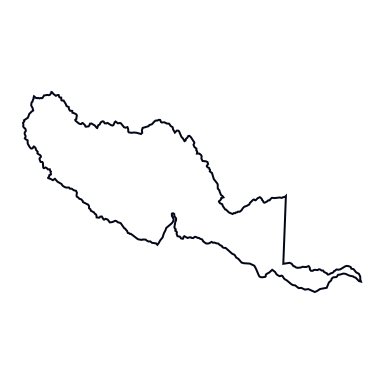 outline of Huacaybamba, Huánuco, Peru
{"feature_id": "86281439B62210146896152", "entity_name": "Huacaybamba", "entity_type": "district", "adm_level": 2, "iso_a3": "PER", "parent_name": "Peru", "parent_adm1": "Huánuco", "projection": "robinson", "projection_center": [-76.78, -9.003], "detail": "fine", "context": "isolated", "style": "outline", "palette": "ink", "viewbox_px": 384, "rotation_deg": 0, "n_neighbors": 0, "source": "geoboundaries", "source_scale": "gbopen_adm2", "svg_char_len": 5947}
<svg xmlns="http://www.w3.org/2000/svg" viewBox="0 0 384 384"><path d="M109.8,222.4L112.2,222.1L115.2,220.8L116.2,221.0L118.1,222.4L119.6,222.7L120.8,223.3L124.4,228.4L125.3,228.7L125.9,229.8L127.0,230.8L127.8,232.9L128.9,233.1L129.7,233.9L130.8,233.8L137.5,238.9L138.6,239.4L141.9,239.9L142.7,239.5L145.7,239.6L146.6,240.5L148.5,241.5L150.3,241.4L152.0,242.8L156.1,243.4L157.4,244.8L158.5,243.4L160.2,240.4L162.6,237.4L163.8,233.5L165.5,230.2L166.3,227.9L171.7,223.4L172.8,222.0L173.6,220.0L173.6,219.1L172.0,216.0L171.8,213.9L172.2,213.4L173.5,213.4L174.2,214.0L174.4,216.2L176.0,218.3L176.1,218.9L176.0,220.6L175.4,221.5L174.4,227.1L174.9,228.5L175.7,229.2L175.3,230.7L176.1,231.1L176.9,232.2L176.6,233.8L177.5,236.2L179.7,236.6L180.3,237.1L180.9,238.3L182.5,238.8L183.1,238.6L183.5,237.0L184.3,236.2L187.6,238.0L189.2,237.4L190.8,237.3L191.5,237.9L193.1,238.1L194.7,236.9L195.3,236.8L196.9,237.4L197.5,237.9L198.9,237.9L200.2,238.8L201.9,239.3L203.0,240.7L203.1,241.3L205.8,243.3L207.2,243.6L209.1,243.3L211.6,241.9L213.0,242.7L214.5,242.6L216.3,243.3L218.4,243.6L219.9,245.1L221.8,245.9L222.5,247.2L223.7,247.8L225.7,248.0L232.1,253.7L234.3,254.7L235.0,255.5L236.2,257.5L238.4,258.9L241.5,262.5L243.6,263.2L249.8,263.6L254.3,265.7L256.0,268.8L258.8,275.4L259.4,276.4L260.5,277.1L262.3,277.3L265.3,276.8L265.7,276.3L265.8,274.9L266.3,274.1L269.4,272.4L272.2,269.8L275.1,272.0L276.4,274.1L277.4,275.0L279.4,276.1L280.1,276.1L281.5,275.6L282.5,276.1L284.1,278.6L284.9,279.3L286.8,280.4L291.6,284.4L293.1,285.1L295.2,285.4L298.6,288.1L301.3,287.9L305.0,289.6L308.3,289.1L314.8,292.0L316.7,291.2L320.1,289.0L326.7,287.8L328.9,282.5L331.1,280.5L331.6,279.0L332.5,277.8L333.5,277.3L336.1,277.1L337.1,276.4L338.0,274.8L340.0,274.6L343.2,273.6L345.4,273.8L349.6,275.7L353.1,276.4L354.1,277.2L355.6,277.6L359.0,281.1L361.0,281.6L360.2,279.2L360.3,277.5L360.1,276.3L358.9,273.8L356.2,272.4L353.5,269.1L351.3,268.7L350.8,267.2L350.3,266.8L348.3,266.1L346.6,265.9L345.1,266.4L340.4,269.3L338.6,269.7L336.4,269.5L335.1,270.7L334.1,271.1L333.4,272.2L332.4,272.9L331.1,273.2L328.8,274.5L327.9,274.6L327.4,274.3L327.1,273.5L324.0,271.9L323.1,270.5L321.6,270.5L319.9,269.4L318.9,269.3L317.5,270.1L315.0,269.8L313.6,270.1L312.8,270.8L311.0,270.8L309.9,269.5L309.7,267.5L308.6,266.1L306.0,267.1L302.7,266.8L300.4,267.6L297.2,267.8L295.7,267.3L294.5,266.3L293.5,266.2L291.7,263.8L289.7,262.8L283.3,263.8L285.9,196.0L285.0,196.9L283.1,197.2L281.7,197.9L279.7,197.5L274.4,198.1L272.1,197.8L270.9,198.6L269.6,200.3L268.3,200.3L267.0,201.5L264.7,202.7L263.7,202.4L262.9,200.8L262.2,200.2L262.0,199.3L260.5,197.5L259.8,197.2L257.7,198.2L255.7,200.2L255.2,200.3L253.9,199.5L253.0,199.9L250.0,202.9L249.2,204.5L246.7,205.9L244.2,206.8L242.5,208.6L241.9,209.8L240.3,211.4L239.1,211.8L238.1,211.6L237.0,212.4L236.0,212.4L235.1,213.2L233.8,213.1L232.6,214.0L229.0,212.5L226.0,209.6L225.4,209.6L225.0,209.2L222.8,206.0L222.2,204.2L220.1,203.3L218.9,201.7L218.9,201.3L220.3,200.2L221.1,199.1L221.1,198.2L223.5,197.4L223.0,196.6L220.9,194.8L219.6,191.5L219.3,190.2L217.8,188.6L217.7,184.5L217.3,183.5L213.8,179.1L212.0,173.0L209.8,171.4L210.0,169.8L209.5,169.3L209.3,168.4L209.0,167.9L207.6,167.3L206.8,166.3L206.8,165.8L208.1,164.1L207.5,162.1L205.9,161.3L202.6,161.0L201.7,159.3L201.4,158.2L201.7,156.3L200.9,154.8L199.0,153.5L196.9,153.6L197.2,152.0L197.0,151.1L196.3,150.5L196.4,148.6L194.5,147.1L193.5,144.8L194.3,143.1L194.3,142.4L190.9,137.2L189.4,135.8L188.3,136.0L187.3,137.7L185.8,139.1L185.6,140.5L184.5,141.1L182.9,138.4L181.4,136.8L179.0,131.2L178.3,130.7L176.8,130.6L174.9,132.6L173.1,129.4L172.6,127.2L170.7,126.0L169.1,123.7L166.7,123.5L164.5,122.3L161.8,122.5L161.0,122.1L160.2,120.0L159.8,119.8L158.3,120.0L157.6,120.5L155.6,120.6L154.4,121.5L152.0,124.2L149.3,125.1L148.5,126.2L142.7,127.9L142.4,128.3L142.3,129.4L141.9,130.1L142.2,132.8L141.0,134.0L136.7,132.8L134.2,132.5L131.6,132.8L129.0,132.4L128.3,131.7L128.1,128.7L127.4,127.1L125.7,127.7L124.0,127.2L120.9,123.3L120.0,123.0L117.8,123.3L115.6,121.5L114.8,122.1L113.4,125.1L112.7,125.5L111.1,125.2L107.5,122.9L106.4,123.4L104.7,123.3L103.6,121.6L102.7,121.3L101.3,121.9L100.3,123.2L99.8,124.4L98.2,125.3L97.2,128.0L96.7,127.8L94.7,125.4L91.4,123.5L90.0,123.7L89.3,125.5L88.5,126.4L85.9,126.7L85.5,126.6L84.9,125.1L82.9,123.2L82.3,123.0L81.1,124.1L80.1,124.0L78.6,123.3L75.4,120.6L75.3,119.7L76.4,118.9L76.5,117.1L76.9,115.5L76.3,114.4L74.6,113.4L72.4,112.7L72.2,110.9L70.0,110.7L68.9,108.9L68.7,107.0L66.6,106.1L65.7,103.9L63.6,100.5L61.9,100.5L61.4,100.2L61.2,97.6L59.8,97.5L59.3,97.1L58.6,95.0L57.3,95.1L55.9,95.8L53.6,94.1L51.9,92.1L51.4,92.0L50.9,93.5L49.9,94.8L48.9,95.2L47.5,94.9L44.0,95.5L42.6,97.8L41.9,98.2L40.9,98.0L39.4,98.4L38.1,97.9L37.0,98.2L35.8,97.8L34.0,96.3L33.6,97.5L33.6,98.8L32.9,99.9L32.5,101.7L31.8,102.1L31.5,102.9L31.2,105.0L31.3,105.7L32.5,107.8L33.2,110.5L31.6,111.6L29.3,113.9L27.9,117.7L24.0,120.3L24.3,120.8L24.2,121.5L23.0,122.9L23.4,124.6L23.2,126.5L23.9,127.6L25.3,128.7L25.8,130.4L25.8,131.0L24.7,132.5L24.7,134.1L25.6,136.0L25.5,137.1L24.8,138.3L25.7,139.3L27.6,140.3L27.7,143.6L29.9,147.4L31.1,148.5L31.8,148.6L32.7,148.1L33.7,146.5L34.2,146.6L35.6,148.1L36.0,149.8L37.7,151.8L37.4,153.3L38.6,154.3L40.1,155.1L40.8,156.0L40.9,156.9L39.6,158.3L39.6,159.5L40.6,161.9L42.3,162.0L42.9,162.9L43.2,167.4L43.5,168.0L44.0,168.2L45.5,167.5L46.4,167.8L48.0,169.4L49.8,169.3L50.1,170.7L50.9,171.6L50.6,172.5L51.0,174.3L50.8,174.6L49.3,175.2L49.1,176.5L48.2,177.6L48.2,178.1L50.3,178.8L52.9,180.2L54.9,178.8L57.5,181.7L61.5,184.0L62.6,185.7L64.6,187.0L66.4,187.6L68.9,187.5L69.8,188.6L71.7,188.7L73.7,190.2L76.0,190.8L76.9,192.6L76.5,195.9L77.1,196.9L78.5,197.7L79.2,198.7L81.3,199.4L82.7,201.0L83.0,202.1L88.2,204.7L89.0,206.2L89.1,208.3L90.5,209.4L90.8,210.7L94.0,212.4L94.6,213.5L96.0,214.5L96.4,215.3L96.6,217.4L99.0,217.7L99.7,217.4L100.3,216.6L101.8,216.5L103.6,219.5L104.3,219.6L105.5,218.8L107.7,219.6L109.8,222.4Z" fill="none" stroke="#020617" stroke-width="2"/></svg>